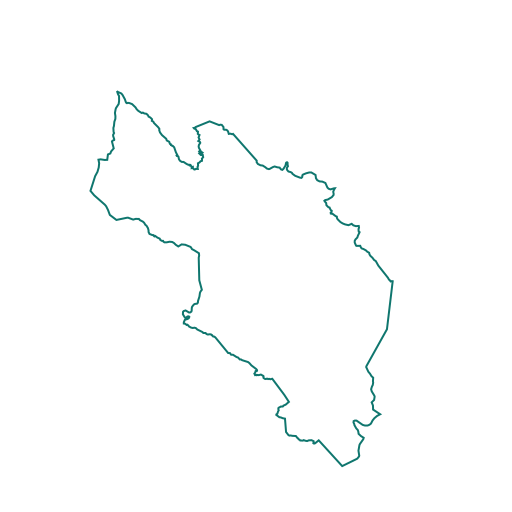 outline of Comayagua, Comayagua, Honduras, rotated 45°
{"feature_id": "27666195B46551792620795", "entity_name": "Comayagua", "entity_type": "district", "adm_level": 2, "iso_a3": "HND", "parent_name": "Honduras", "parent_adm1": "Comayagua", "projection": "albers", "projection_center": [-87.636, 14.476], "detail": "fine", "context": "isolated", "style": "outline", "palette": "teal", "viewbox_px": 512, "rotation_deg": 45, "n_neighbors": 0, "source": "geoboundaries", "source_scale": "gbopen_adm2", "svg_char_len": 6101}
<svg xmlns="http://www.w3.org/2000/svg" viewBox="0 0 512 512"><g transform="rotate(45 256 256)"><path d="M263.9,152.3L263.3,153.0L261.6,156.2L259.8,157.1L258.1,157.1L253.4,155.3L250.3,156.5L248.2,158.3L245.7,159.1L243.4,158.6L240.8,156.6L236.1,157.8L234.5,159.4L232.9,162.2L231.7,165.1L231.7,166.1L232.8,167.4L232.9,168.6L231.7,169.5L227.0,171.6L223.7,172.1L222.5,171.8L221.1,172.2L219.2,173.3L217.5,173.2L216.4,172.8L215.9,172.3L215.4,171.5L215.1,169.9L214.0,169.3L212.3,167.7L211.8,167.7L211.4,168.2L211.4,168.9L212.9,171.2L213.8,175.0L213.7,176.5L212.4,177.1L210.2,176.8L208.2,178.3L205.9,179.5L205.1,181.1L204.0,185.0L203.5,185.6L201.8,186.5L200.0,186.6L196.8,187.3L195.0,188.7L192.2,189.6L190.1,189.2L189.1,188.1L153.4,185.9L153.1,186.7L151.4,187.6L150.4,188.9L148.2,187.7L146.9,187.5L145.7,187.8L144.2,189.2L143.4,189.3L141.8,187.8L139.1,187.5L137.9,188.4L137.4,189.5L128.0,193.6L122.1,207.6L122.4,208.2L121.5,209.5L122.1,209.6L123.7,208.9L125.9,209.5L127.0,209.1L128.5,210.8L129.2,210.8L130.5,210.4L131.6,212.8L133.7,213.5L133.9,215.5L135.7,215.0L136.6,215.4L137.1,217.8L138.0,219.1L139.2,219.9L142.3,220.8L141.8,221.6L141.9,222.1L144.2,220.9L144.9,220.8L144.7,221.5L143.2,223.0L143.2,223.6L145.6,223.6L146.1,223.2L146.4,222.1L146.6,222.0L148.8,223.5L148.9,225.4L150.0,226.3L150.5,227.0L149.8,228.1L149.9,229.9L149.4,231.5L151.3,233.2L151.5,234.1L152.1,234.7L153.3,235.6L151.9,236.9L151.6,238.1L151.1,238.5L149.7,238.4L149.1,238.8L148.5,238.0L148.2,239.1L147.4,238.2L146.8,238.5L145.8,238.0L145.2,238.0L144.8,238.2L144.8,239.0L144.0,239.0L143.3,239.5L141.8,240.0L138.3,240.7L136.9,242.0L134.8,242.4L133.0,242.0L130.9,240.6L130.2,240.6L129.4,241.2L128.8,241.1L128.8,240.2L126.0,239.3L121.3,237.0L119.4,237.0L118.9,237.4L118.0,237.3L117.4,237.7L116.7,237.2L115.8,237.6L113.9,236.6L111.2,237.4L109.6,236.6L104.1,237.0L100.7,236.5L98.5,235.4L97.9,234.5L97.1,234.3L95.7,234.1L89.9,234.1L88.4,233.6L86.8,234.1L85.8,232.8L84.0,232.8L82.9,232.9L81.5,233.4L80.3,232.9L78.0,232.9L76.2,234.2L74.6,234.6L74.1,235.7L70.1,236.6L67.8,236.6L65.7,236.1L61.0,236.2L58.3,237.4L57.1,238.3L56.7,239.2L56.3,239.4L55.1,239.2L52.5,237.9L47.8,236.5L45.9,236.3L42.2,237.7L41.1,237.7L44.1,239.2L46.0,239.7L49.5,243.1L51.4,245.6L52.4,250.4L52.9,251.4L55.1,254.6L57.7,256.5L59.6,258.5L60.9,261.2L63.6,264.5L64.6,266.3L67.6,269.0L68.7,269.4L69.3,271.4L70.2,272.2L73.2,273.7L73.7,274.3L73.0,276.0L73.2,276.9L79.3,280.5L79.6,284.5L80.5,286.5L79.5,288.9L82.8,293.2L81.2,295.0L77.8,297.5L76.5,299.3L79.5,301.3L82.2,304.6L84.4,308.6L85.8,313.3L92.9,327.0L98.7,327.5L112.8,326.6L114.9,326.8L118.8,328.1L123.6,330.3L131.8,329.2L137.7,320.2L138.4,319.4L143.4,317.1L144.7,314.8L147.0,312.6L148.6,312.7L151.6,311.7L153.3,311.6L155.8,312.2L157.1,312.0L159.9,312.7L161.8,313.8L163.1,315.0L165.1,315.7L167.9,314.5L168.8,313.7L169.5,314.0L170.3,314.0L170.6,313.1L173.3,312.7L175.6,311.8L177.1,312.3L178.8,311.8L179.6,311.0L180.4,311.3L181.6,311.1L183.1,309.6L184.8,307.0L186.9,305.3L188.9,304.8L191.3,304.8L194.3,304.2L195.2,300.4L198.0,298.1L203.2,295.9L204.0,295.9L205.9,296.4L208.1,295.7L213.7,294.4L215.5,295.9L216.7,297.7L233.1,313.3L241.6,318.2L241.9,320.4L242.5,321.8L244.7,324.7L246.8,328.8L247.9,330.1L248.0,331.4L246.7,333.1L246.4,333.9L246.5,335.8L246.8,337.3L247.3,338.1L249.2,340.2L249.6,341.0L249.4,342.4L248.6,343.3L244.7,344.3L243.8,346.1L243.9,347.1L245.5,348.9L249.2,349.8L250.2,349.2L250.3,347.3L250.7,346.6L251.3,346.2L251.9,346.2L252.4,347.4L252.2,348.8L250.8,351.4L251.8,353.9L252.7,354.8L253.8,354.0L255.7,353.8L255.9,353.2L257.2,353.0L258.5,353.2L260.8,352.5L262.2,351.6L263.2,350.2L264.5,349.5L266.4,349.5L272.0,347.6L273.2,347.7L274.8,346.1L276.2,346.2L277.6,345.5L278.2,344.5L279.5,343.3L280.6,343.3L281.0,343.0L281.4,343.2L282.7,343.2L283.3,342.6L284.7,342.3L304.9,344.3L306.2,343.1L308.2,343.4L309.6,342.1L313.7,341.2L315.1,340.5L317.7,340.6L318.4,339.8L319.8,339.5L325.4,336.6L327.1,336.4L330.1,336.6L336.0,335.8L337.2,335.9L337.8,336.3L337.9,336.8L337.1,337.6L338.0,339.4L338.0,340.3L339.6,340.9L340.4,339.7L340.9,339.7L341.2,339.0L342.1,338.4L343.3,336.4L346.0,335.6L346.4,335.7L346.7,336.3L347.6,336.9L349.2,336.6L350.0,336.0L350.5,334.9L351.6,334.5L352.1,333.6L353.3,333.0L354.3,331.3L374.3,334.2L382.4,335.9L382.1,340.1L381.2,342.4L381.4,343.3L380.9,344.1L380.1,344.7L379.3,347.4L379.9,348.4L381.2,349.1L381.5,350.3L382.6,352.4L382.4,353.5L382.7,354.0L386.5,353.5L387.7,352.6L389.6,351.8L391.5,350.5L401.7,359.2L405.6,359.7L406.6,359.4L407.4,358.4L408.8,357.5L411.5,355.1L413.9,355.4L414.9,355.2L415.8,355.5L416.8,355.1L417.7,355.2L419.7,353.4L419.9,352.5L421.6,351.7L423.0,350.7L423.7,349.0L425.5,347.0L427.7,346.2L428.2,346.6L428.9,347.8L429.7,347.6L430.2,346.7L430.7,342.0L465.5,343.6L470.9,327.7L470.6,325.0L470.2,324.2L466.1,321.2L462.8,316.5L462.4,315.4L461.4,309.7L460.7,308.4L457.6,309.1L454.3,309.2L452.6,307.9L451.1,307.1L448.8,307.0L445.2,306.0L444.4,305.4L442.7,304.8L441.8,303.7L442.3,302.4L443.5,301.3L450.8,300.0L452.7,299.0L454.6,297.2L455.3,295.9L455.8,293.8L455.6,292.6L454.7,289.8L454.4,286.9L454.7,283.5L455.7,280.1L447.4,281.8L444.4,279.0L441.3,277.7L441.3,274.3L439.4,271.6L438.5,271.1L433.6,269.9L431.6,268.8L430.3,266.3L429.8,264.7L428.4,262.7L427.3,261.9L424.9,259.2L422.7,259.3L419.8,258.6L417.3,258.4L412.4,256.6L411.9,255.6L400.4,215.2L370.5,177.2L369.8,177.7L369.2,178.8L367.4,178.5L366.8,178.7L364.7,178.1L349.3,176.3L344.3,174.9L342.3,175.3L339.6,174.9L336.7,175.0L335.1,174.6L333.7,173.7L331.6,174.3L329.8,174.3L327.0,175.1L325.4,175.9L324.2,175.8L322.5,175.1L319.9,177.8L319.4,177.9L316.3,176.7L315.1,175.5L314.6,173.9L314.6,171.3L313.7,169.6L312.5,166.1L312.4,165.9L311.4,166.1L310.7,165.6L309.4,164.4L308.8,163.1L307.4,162.1L305.5,164.3L303.1,165.5L300.9,165.6L299.6,168.8L296.6,170.7L294.2,171.7L291.7,172.3L287.7,172.3L286.4,171.9L285.3,171.0L284.1,171.5L280.5,172.0L278.9,173.1L278.2,172.6L278.3,171.4L277.5,170.5L277.1,170.7L275.7,170.5L273.7,169.7L272.8,170.3L269.9,170.3L268.1,168.9L266.0,168.8L265.3,168.6L265.4,167.5L266.8,165.4L268.0,160.7L267.7,158.0L266.9,157.1L265.2,156.0L264.3,154.0L263.9,152.3Z" fill="none" stroke="#0f766e" stroke-width="2"/></g></svg>